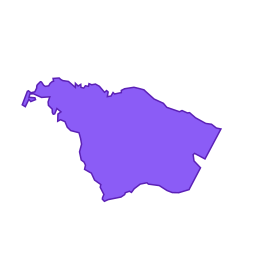 Colleton, South Carolina, United States of America, rotated 150°
{"feature_id": "52423323B97274503585716", "entity_name": "Colleton", "entity_type": "district", "adm_level": 2, "iso_a3": "USA", "parent_name": "United States of America", "parent_adm1": "South Carolina", "projection": "mercator", "projection_center": [-80.565, 32.826], "detail": "fine", "context": "isolated", "style": "filled", "palette": "violet", "viewbox_px": 256, "rotation_deg": 150, "n_neighbors": 0, "source": "geoboundaries", "source_scale": "gbopen_adm2", "svg_char_len": 1617}
<svg xmlns="http://www.w3.org/2000/svg" viewBox="0 0 256 256"><g transform="rotate(150 128 128)"><path d="M48.0,80.7L51.5,83.8L53.8,89.5L58.4,93.1L64.5,103.2L67.0,110.5L69.0,111.3L72.5,116.1L75.3,116.4L84.1,126.5L85.0,131.7L90.9,140.0L94.4,150.7L95.1,153.1L98.8,156.8L102.5,160.3L111.3,163.7L115.0,163.9L116.1,162.0L122.6,164.2L123.2,166.2L126.8,164.2L130.2,165.5L127.2,169.1L127.8,171.1L130.5,170.7L131.9,178.4L134.2,182.3L137.8,183.6L139.6,185.9L141.4,183.8L143.8,185.9L146.4,184.7L148.4,186.7L147.1,189.4L150.2,189.3L151.2,193.0L153.3,189.5L156.3,198.1L160.8,201.7L162.0,203.7L162.6,205.7L168.1,208.4L169.1,205.7L170.4,206.1L173.1,205.6L175.6,204.2L178.8,205.4L179.4,206.6L179.7,207.1L179.9,210.6L180.2,211.5L180.7,211.9L184.9,210.8L186.0,210.0L187.2,208.2L190.6,205.9L194.5,207.1L195.6,210.0L196.8,210.1L207.7,201.2L208.0,201.0L206.3,197.8L199.5,202.4L199.0,199.5L193.9,198.8L193.5,200.7L198.3,204.1L196.0,206.5L192.8,204.9L187.6,197.7L180.1,194.1L184.2,190.5L185.6,187.4L184.2,182.2L185.8,179.3L185.9,177.5L185.5,177.1L184.4,176.9L179.8,180.4L178.0,175.5L181.7,175.1L185.5,169.0L182.3,168.9L179.4,165.0L180.2,159.0L178.9,154.4L172.8,148.4L174.3,142.6L176.3,137.2L181.9,131.6L184.5,123.7L183.1,120.4L183.4,117.1L186.3,113.9L182.3,107.2L183.0,99.6L179.8,92.6L181.7,90.6L182.1,82.5L184.9,80.4L185.8,79.2L185.1,76.3L181.0,75.9L168.6,71.7L164.2,72.0L162.7,73.3L158.4,72.5L157.2,70.5L153.0,72.3L145.4,73.3L139.0,71.1L138.4,69.2L129.7,62.5L125.5,54.4L121.9,49.9L116.4,46.6L105.9,44.1L104.4,45.1L85.1,57.3L87.3,66.5L84.9,72.4L83.0,72.7L76.8,62.7L48.0,80.7Z" fill="#8b5cf6" stroke="#5b21b6" stroke-width="1.5"/></g></svg>